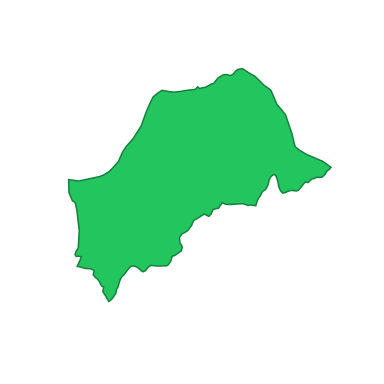 outline of Papar, Sabah, Malaysia, rotated 23°
{"feature_id": "92858781B69342492648863", "entity_name": "Papar", "entity_type": "district", "adm_level": 2, "iso_a3": "MYS", "parent_name": "Malaysia", "parent_adm1": "Sabah", "projection": "robinson", "projection_center": [116.051, 5.607], "detail": "fine", "context": "isolated", "style": "filled", "palette": "green", "viewbox_px": 384, "rotation_deg": 23, "n_neighbors": 0, "source": "geoboundaries", "source_scale": "gbopen_adm2", "svg_char_len": 2386}
<svg xmlns="http://www.w3.org/2000/svg" viewBox="0 0 384 384"><g transform="rotate(23 192 192)"><path d="M161.1,308.4L160.2,302.5L160.4,297.8L161.8,294.6L162.7,290.9L163.6,287.3L164.9,284.2L167.4,282.8L170.1,282.6L173.2,283.2L176.1,284.4L178.1,284.6L179.9,282.6L180.9,278.9L181.7,277.3L183.1,275.5L187.2,274.3L190.3,273.2L194.8,271.0L197.3,270.0L198.6,268.2L199.5,264.1L198.9,258.8L201.1,257.0L205.1,250.5L204.7,246.8L203.1,245.0L200.9,243.6L198.2,238.9L199.3,234.2L201.3,232.0L203.3,228.9L204.7,223.0L204.7,217.6L208.1,213.1L211.9,207.4L215.3,207.8L217.1,207.8L218.2,204.6L218.2,200.1L220.9,197.6L222.7,196.8L223.4,193.2L224.1,190.1L227.7,190.1L230.3,189.3L233.9,187.7L236.9,186.1L240.7,184.2L243.8,182.8L246.6,182.6L248.8,182.6L251.0,181.0L256.0,179.8L255.6,174.7L255.6,172.0L256.4,168.8L256.5,165.7L256.9,163.7L258.7,161.1L259.1,158.4L259.1,154.6L258.3,150.9L258.5,147.3L260.1,144.2L262.3,143.8L264.6,146.0L266.3,148.1L267.7,149.9L269.1,152.3L271.3,154.8L273.3,156.4L276.0,157.6L278.0,156.2L280.1,153.8L283.2,151.5L287.7,150.3L289.3,148.9L291.6,141.0L292.4,138.5L295.2,137.9L296.3,135.1L297.4,133.0L299.4,131.8L301.0,129.6L304.2,128.6L306.0,127.4L306.9,125.5L307.7,123.7L308.0,120.2L309.5,117.6L310.4,115.0L300.5,112.7L294.3,112.7L282.8,112.7L274.5,111.5L269.5,110.1L266.8,107.0L261.6,99.7L251.7,88.6L247.9,84.3L235.8,78.0L224.7,67.4L216.6,65.6L209.7,62.8L206.5,61.6L204.7,60.9L199.7,60.3L196.4,59.9L190.5,58.7L188.3,59.9L186.3,61.3L184.7,64.2L184.0,67.2L182.7,69.1L181.1,69.9L179.3,70.1L176.6,70.9L174.5,72.5L171.4,76.8L170.3,80.6L169.6,83.5L167.4,85.3L163.5,90.4L161.1,91.8L158.6,93.8L156.1,93.0L155.7,94.0L155.2,95.9L153.4,97.1L146.7,100.9L143.2,103.2L136.6,107.1L131.3,108.6L124.7,110.1L121.6,114.6L119.0,120.0L118.6,127.5L118.6,136.4L119.4,151.3L116.8,166.6L113.7,175.6L112.4,183.0L112.4,192.4L109.8,200.4L107.6,205.8L103.6,211.3L101.0,213.8L83.4,226.2L73.6,228.8L79.0,240.7L85.3,246.8L88.4,247.4L90.0,249.3L91.8,251.9L93.4,254.3L103.3,271.6L109.1,287.9L108.5,291.9L108.7,295.2L110.5,296.6L112.7,295.4L115.2,294.8L115.6,297.0L115.4,303.3L115.4,305.4L119.2,304.5L121.9,304.3L124.4,303.9L128.4,302.3L130.3,302.3L132.7,302.7L133.4,306.8L136.5,308.4L138.8,309.0L141.7,310.6L144.0,312.7L145.6,313.9L147.8,314.1L148.5,317.2L149.1,318.8L152.8,321.2L158.1,325.3L159.1,323.9L160.2,321.4L161.5,315.3L160.6,310.8L161.1,308.4Z" fill="#22c55e" stroke="#15803d" stroke-width="1.5"/></g></svg>